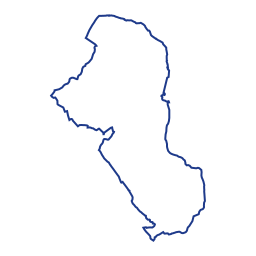 Sancel, Alba, Romania
{"feature_id": "2599482B13379930489743", "entity_name": "Sancel", "entity_type": "district", "adm_level": 2, "iso_a3": "ROU", "parent_name": "Romania", "parent_adm1": "Alba", "projection": "orthographic", "projection_center": [23.953, 46.206], "detail": "fine", "context": "isolated", "style": "outline", "palette": "blue", "viewbox_px": 256, "rotation_deg": 0, "n_neighbors": 0, "source": "geoboundaries", "source_scale": "gbopen_adm2", "svg_char_len": 5734}
<svg xmlns="http://www.w3.org/2000/svg" viewBox="0 0 256 256"><path d="M202.6,209.2L203.2,208.7L203.5,208.2L203.9,207.5L204.0,207.1L203.9,205.6L204.0,204.4L204.0,203.8L204.1,202.8L204.2,202.4L204.9,201.0L204.4,193.9L204.2,191.6L204.3,189.7L204.2,189.1L204.1,186.2L204.3,185.2L203.7,182.6L203.4,181.4L202.6,179.3L201.8,177.5L201.4,175.5L201.6,172.2L201.3,169.9L199.1,168.1L197.9,167.8L196.2,168.3L191.4,167.7L189.7,165.7L188.2,165.1L186.7,165.3L185.4,163.9L185.4,162.7L184.8,160.5L184.4,160.1L183.8,159.7L183.5,159.5L182.7,158.5L182.4,158.2L181.5,157.6L181.0,157.4L180.0,157.0L179.2,156.9L178.5,156.6L178.0,156.3L177.4,155.8L177.1,155.6L175.4,155.2L173.4,154.6L172.3,154.2L171.0,153.6L170.2,153.1L169.8,152.8L168.7,151.5L168.5,151.3L168.1,150.7L167.7,149.4L167.2,147.7L167.0,146.4L167.0,144.0L166.2,140.7L165.4,139.6L165.3,138.5L165.6,134.4L166.3,131.5L166.5,127.7L166.9,125.5L167.2,124.9L168.1,123.7L168.9,121.1L169.3,117.9L169.3,109.9L169.1,109.2L168.0,105.6L167.7,104.7L167.7,103.7L167.7,102.3L169.0,102.3L168.7,101.3L168.6,101.2L167.9,101.4L166.8,101.6L165.9,101.2L165.2,100.7L163.2,100.2L162.5,99.7L162.2,99.1L162.1,98.6L162.4,97.1L161.4,96.2L161.5,95.6L163.4,94.7L164.5,95.0L164.8,94.6L164.8,93.8L164.2,93.0L163.5,92.9L167.2,77.7L168.6,77.0L168.8,74.5L169.1,70.6L168.9,70.2L168.1,69.6L167.8,69.0L168.0,68.7L167.5,68.0L167.4,67.7L167.9,67.7L168.0,67.5L167.9,67.3L167.7,64.7L167.5,64.4L167.3,63.9L167.4,63.4L167.0,62.7L166.6,61.2L167.0,60.7L166.8,60.3L166.7,58.1L166.7,55.9L167.2,54.5L166.5,50.5L166.3,49.8L166.2,47.5L165.8,47.2L165.2,46.4L163.2,44.3L162.6,42.6L159.7,40.9L158.6,40.4L157.3,39.7L156.2,38.7L155.7,38.8L155.0,38.1L153.8,37.4L153.7,37.2L153.0,36.8L152.4,36.3L151.9,36.0L150.9,34.9L150.7,34.1L150.1,32.4L150.0,31.9L149.5,31.0L149.1,30.6L148.4,30.6L148.0,30.6L147.5,29.9L146.7,29.0L146.4,28.5L145.3,26.9L145.1,26.1L144.6,25.5L144.2,25.1L143.4,24.4L142.1,23.6L140.9,22.9L140.3,22.9L139.3,23.2L138.8,23.2L137.9,23.2L137.2,23.3L136.5,23.3L135.9,23.1L135.4,22.4L133.6,21.6L131.4,20.4L130.8,20.3L129.9,20.4L127.8,20.3L127.1,20.2L126.6,20.5L126.1,20.5L125.8,20.3L124.5,19.8L124.3,19.4L124.3,19.1L123.1,18.7L122.0,18.5L120.6,18.3L120.1,18.0L119.8,18.0L119.3,17.9L117.5,17.2L115.2,16.5L114.6,16.0L112.9,15.7L112.4,15.7L111.2,15.4L109.4,15.7L109.1,15.4L108.7,15.7L108.1,15.4L106.4,15.5L106.0,15.7L105.4,15.7L103.0,15.8L100.1,15.9L99.9,15.9L99.1,15.9L99.0,16.0L97.7,17.3L96.6,18.6L96.0,19.5L95.2,20.6L94.1,22.5L92.3,25.1L89.4,30.1L87.6,34.1L87.3,35.0L87.1,35.5L86.0,37.7L85.8,38.0L95.0,44.2L95.4,44.6L95.8,45.0L96.4,45.8L95.4,46.1L95.0,46.5L94.5,47.4L94.5,48.1L94.9,49.1L94.6,51.8L93.1,54.2L91.7,58.8L89.5,61.5L88.7,62.4L87.7,63.1L85.7,64.2L85.4,65.2L85.3,65.9L83.5,66.7L83.1,67.1L82.3,68.7L81.9,71.2L81.8,71.8L80.6,74.3L78.8,75.4L78.2,76.2L77.4,79.1L76.6,79.1L73.5,77.8L72.6,77.7L71.6,77.8L70.0,78.7L69.6,79.3L69.5,79.9L69.3,81.4L69.0,82.0L67.6,83.7L66.5,83.9L65.1,84.5L64.2,85.1L63.7,85.6L63.1,86.3L62.3,87.4L59.2,89.2L57.3,89.7L54.6,90.3L54.6,90.8L54.4,91.5L54.1,92.0L52.1,94.6L51.1,95.6L51.7,96.5L52.3,97.0L52.9,97.4L53.5,97.8L53.8,97.9L54.4,97.7L55.2,97.5L55.8,98.2L57.4,100.7L57.5,104.1L58.2,104.8L60.4,106.0L63.3,107.5L64.9,111.7L67.1,111.1L68.0,115.5L69.4,120.0L70.5,119.2L71.1,119.0L71.7,119.0L72.3,119.4L72.9,120.7L77.9,126.3L79.5,125.1L81.2,125.0L83.2,125.1L84.4,125.1L86.9,125.4L87.7,125.8L87.6,127.6L89.8,127.4L90.2,127.6L90.7,127.6L91.9,128.2L93.3,128.4L94.7,129.5L96.4,130.2L97.5,129.7L97.7,129.4L98.8,128.7L99.2,128.7L101.8,131.3L102.8,132.1L103.1,132.7L103.5,133.1L103.5,134.2L103.8,134.2L104.2,132.7L110.8,127.8L112.1,127.4L112.2,127.7L112.4,129.1L112.7,129.9L112.9,130.9L113.1,131.5L114.0,131.8L113.8,132.5L112.4,134.2L111.4,136.3L108.5,139.6L107.7,139.7L106.2,139.2L104.6,139.0L103.8,139.3L103.4,140.2L102.8,142.6L102.0,143.9L101.4,144.4L100.7,145.4L100.0,146.9L99.7,148.7L98.9,150.1L99.4,150.5L100.1,151.4L100.6,152.1L102.0,154.9L103.2,156.7L103.6,157.4L104.2,158.4L106.4,160.6L107.5,161.7L108.7,162.4L109.0,162.8L109.5,163.7L109.9,164.4L110.2,164.9L110.3,165.0L110.5,165.1L111.1,166.1L113.2,168.9L115.7,172.4L117.9,175.4L118.7,176.4L118.8,176.7L119.0,177.1L119.1,177.3L119.4,178.3L119.6,178.8L119.8,179.3L120.7,181.5L121.1,182.4L121.3,182.6L122.6,181.9L122.9,182.4L124.6,184.6L125.5,185.8L126.9,187.7L128.6,190.1L128.9,190.3L128.7,190.4L129.1,190.9L132.2,196.2L132.4,196.7L132.6,197.3L132.6,197.8L132.5,199.0L132.4,199.7L131.7,200.8L131.7,201.0L132.1,202.1L132.5,202.9L132.5,203.0L132.7,203.5L134.2,205.0L135.4,206.6L136.0,207.2L136.6,207.5L137.1,207.9L138.0,209.3L139.8,211.3L140.4,211.8L141.0,212.1L141.6,212.6L141.9,213.0L143.5,214.3L144.3,214.9L144.7,215.3L145.1,215.6L145.3,215.6L145.5,215.6L145.8,215.7L145.9,215.8L145.8,216.1L145.6,216.2L145.8,216.6L146.0,216.9L146.1,217.3L146.2,217.5L146.1,217.8L146.2,218.1L146.6,218.6L147.1,218.9L147.7,219.6L148.1,219.7L149.5,219.6L149.9,219.9L150.0,220.1L149.9,221.0L150.2,221.6L150.6,221.8L151.1,222.0L152.5,222.1L152.7,222.4L152.8,223.5L154.0,223.6L154.9,224.3L154.8,224.8L154.2,226.1L153.7,226.5L152.7,227.3L152.2,227.5L151.8,227.5L150.0,227.4L147.7,227.6L147.0,227.8L146.8,227.9L146.6,227.8L146.3,227.4L145.8,227.3L143.4,227.7L144.3,229.3L146.0,231.6L148.8,234.5L150.1,236.0L150.3,236.6L150.4,237.9L150.6,238.5L151.1,239.1L153.4,240.6L154.5,239.1L154.6,238.9L154.7,237.3L155.9,236.8L156.5,235.8L158.1,234.9L159.2,234.6L163.2,232.1L164.4,233.6L165.0,233.6L166.9,233.4L167.8,233.4L168.9,234.5L171.1,234.0L171.7,233.5L172.4,233.4L172.7,233.4L174.0,232.9L174.6,232.8L175.5,232.4L176.6,232.1L179.1,231.7L179.7,231.8L181.7,233.0L182.4,233.1L183.2,233.1L185.0,232.5L185.9,232.0L186.7,231.0L187.0,230.3L187.5,228.3L187.9,227.4L189.3,226.0L192.4,221.1L193.6,216.3L198.7,214.2L199.3,211.6L200.6,209.9L202.6,209.2Z" fill="none" stroke="#1e3a8a" stroke-width="2"/></svg>